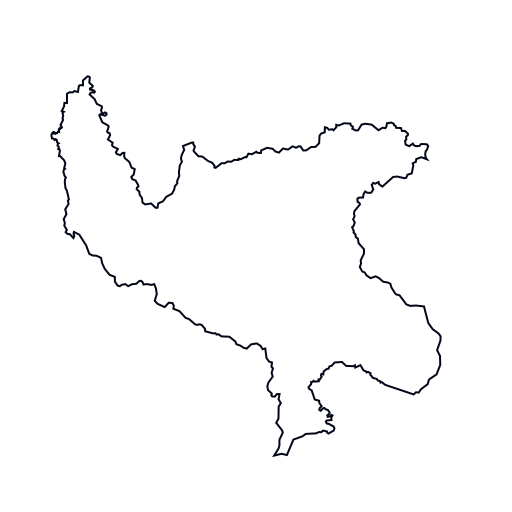 Tocache, San Martín, Peru (Mercator projection), rotated 172°
{"feature_id": "86281439B42687599219853", "entity_name": "Tocache", "entity_type": "district", "adm_level": 2, "iso_a3": "PER", "parent_name": "Peru", "parent_adm1": "San Martín", "projection": "mercator", "projection_center": [-76.612, -8.241], "detail": "fine", "context": "isolated", "style": "outline", "palette": "ink", "viewbox_px": 512, "rotation_deg": 172, "n_neighbors": 0, "source": "geoboundaries", "source_scale": "gbopen_adm2", "svg_char_len": 6074}
<svg xmlns="http://www.w3.org/2000/svg" viewBox="0 0 512 512"><g transform="rotate(172 256 256)"><path d="M265.8,55.8L258.2,56.6L253.1,54.6L244.5,69.0L235.0,71.0L231.5,72.9L221.2,72.0L218.1,72.9L215.9,72.4L213.9,73.8L210.1,72.3L209.9,70.8L208.8,70.1L203.3,72.4L202.3,74.4L202.8,76.3L207.3,79.7L209.2,80.2L209.9,82.2L208.9,83.3L204.1,83.0L203.9,85.8L202.5,87.5L203.3,88.1L205.1,86.9L207.4,86.8L207.6,88.2L205.1,89.7L204.9,90.9L206.3,93.6L208.4,94.5L209.4,96.0L211.1,95.7L213.4,93.7L214.7,94.7L214.2,96.4L211.9,98.1L213.8,101.9L213.6,103.9L217.8,105.7L219.6,115.2L221.8,117.0L222.3,118.7L219.4,121.3L218.9,123.5L218.0,123.2L216.4,124.4L215.6,123.5L211.3,123.2L211.2,125.0L210.1,124.7L207.8,127.4L208.3,128.7L207.6,130.1L205.8,129.4L205.1,132.2L201.6,134.3L199.8,134.3L198.7,136.4L196.1,136.9L193.0,139.6L185.6,139.1L182.0,134.6L174.8,133.3L173.3,134.0L173.2,131.7L167.8,133.4L165.4,127.7L163.0,126.4L162.7,125.3L161.2,125.6L158.9,124.0L159.3,122.6L157.1,118.9L153.7,117.6L152.7,115.8L150.8,115.0L150.3,113.3L149.0,113.7L146.1,110.5L119.2,97.0L116.5,98.8L113.9,98.1L111.2,101.1L103.8,105.2L101.9,109.6L93.7,113.6L88.7,122.5L87.7,131.5L89.8,137.5L85.1,146.6L84.4,150.8L86.1,154.0L91.2,158.9L94.7,165.6L96.7,182.7L104.5,184.7L110.1,185.1L113.8,187.1L119.4,197.2L122.3,198.3L123.6,199.9L126.3,206.1L126.8,209.7L129.3,211.5L133.5,212.7L137.4,217.2L140.4,219.2L145.7,218.1L149.3,221.5L150.5,224.4L153.0,226.0L154.7,230.6L153.0,234.0L152.9,237.2L148.8,243.3L148.1,247.6L152.6,254.4L152.7,259.1L154.5,260.7L154.5,263.6L156.1,265.6L155.7,267.0L156.8,271.2L155.3,272.1L153.5,275.4L154.7,278.8L152.8,281.8L153.1,284.3L152.3,286.7L145.8,292.7L146.3,294.3L147.9,295.5L147.6,298.7L145.9,299.5L141.9,299.0L140.8,302.4L138.9,304.7L137.1,303.2L133.6,302.5L132.7,303.1L130.6,305.6L131.5,310.3L129.7,312.1L127.9,311.0L124.3,312.2L124.1,309.9L121.2,307.1L109.2,315.2L105.0,315.0L97.9,312.3L96.3,312.6L94.7,315.4L90.3,316.1L87.7,323.4L87.9,326.0L84.6,327.0L83.8,329.7L78.4,330.8L73.3,328.0L74.3,329.8L74.3,333.2L73.4,336.1L71.8,337.5L70.2,341.0L71.1,342.7L73.2,343.3L77.0,343.9L78.9,342.2L82.3,342.5L84.3,343.7L85.0,345.5L89.0,343.4L92.3,345.5L92.4,349.2L90.9,350.5L90.8,353.2L88.8,354.5L88.5,356.0L91.1,359.1L94.1,359.5L94.6,362.5L99.5,363.5L99.6,365.3L101.1,366.3L101.2,367.8L103.5,369.3L107.9,369.2L108.8,366.0L110.1,364.6L112.9,365.4L117.2,363.5L123.2,370.0L129.5,371.8L133.2,371.4L137.4,366.3L139.7,366.4L142.9,368.6L142.0,370.4L144.0,372.4L144.1,374.0L150.4,375.2L155.9,373.7L158.3,374.7L158.6,372.3L161.8,369.7L162.8,370.9L166.3,370.9L167.7,373.0L169.9,373.9L170.7,368.9L174.4,368.2L176.3,366.4L177.8,358.9L181.8,355.8L186.4,356.2L191.6,353.6L194.5,353.9L196.7,358.4L198.6,358.7L201.2,357.6L204.5,359.5L209.5,356.9L214.3,358.7L218.9,355.2L222.1,356.7L224.7,359.9L230.0,361.6L236.2,359.8L236.8,357.4L240.2,357.9L241.1,359.2L245.9,357.4L249.3,358.4L251.7,355.1L252.9,355.5L257.6,354.0L259.6,354.7L260.0,353.5L264.1,354.2L267.5,352.8L270.8,353.5L274.0,352.2L277.1,352.7L283.7,348.9L284.9,349.5L284.5,351.1L286.5,354.5L290.2,356.7L295.4,362.0L299.0,362.7L302.7,367.8L303.2,369.0L301.2,373.0L302.5,375.2L302.4,377.1L303.5,377.3L313.0,375.1L312.4,371.0L315.6,366.2L316.8,362.7L316.2,359.8L318.9,356.2L320.8,349.1L320.8,346.0L323.7,341.2L323.8,338.9L326.7,336.3L327.7,333.2L330.5,329.4L336.6,327.1L340.5,323.1L345.4,321.7L346.9,317.5L348.7,317.7L352.5,322.6L358.5,322.5L360.9,324.6L360.9,329.5L362.7,332.9L362.6,336.0L364.9,338.8L364.3,340.3L362.7,341.2L362.8,342.5L364.7,347.5L367.8,349.3L368.5,351.6L365.7,353.8L364.0,358.9L366.9,360.8L368.4,366.8L372.3,371.1L372.7,373.4L372.0,376.5L373.8,376.6L376.5,374.8L379.7,376.5L380.3,378.2L377.9,381.2L382.5,384.4L383.2,385.8L382.2,388.1L386.4,392.0L383.6,396.1L383.9,398.0L385.8,399.0L386.1,400.0L383.9,404.6L384.3,405.8L389.6,409.8L391.6,417.3L390.5,418.0L385.9,415.9L384.3,416.9L384.2,418.1L385.5,419.2L387.8,418.3L388.8,418.8L389.1,422.0L387.8,424.5L388.0,425.8L392.5,428.8L394.0,433.8L398.3,439.1L397.3,440.4L395.5,441.0L393.6,440.3L392.7,441.1L393.6,442.6L397.2,443.9L397.1,445.0L394.8,445.7L393.9,447.1L397.0,450.9L395.7,455.7L396.1,456.7L397.7,457.4L403.0,453.9L403.6,449.1L406.4,449.7L407.7,449.1L409.5,443.2L412.9,444.6L415.0,443.5L417.9,444.1L420.6,442.9L421.9,433.8L424.4,434.3L425.3,430.8L428.2,426.6L426.2,425.5L427.7,424.6L427.4,421.5L428.5,419.2L428.1,417.6L431.3,413.0L430.3,410.3L432.9,408.7L432.9,409.6L433.6,409.0L433.7,406.2L435.0,406.6L435.9,405.3L437.1,405.7L437.5,405.1L438.9,407.0L439.8,406.7L439.7,405.4L441.1,405.7L441.8,404.1L441.7,400.8L440.2,400.4L439.3,398.9L438.2,399.6L437.2,398.8L437.2,396.5L435.8,395.0L436.6,394.8L437.2,393.0L436.1,391.5L436.9,389.4L435.8,389.2L435.6,387.4L437.2,382.3L435.9,382.0L432.7,377.5L431.9,374.2L433.6,370.1L433.0,369.0L433.9,368.9L435.0,366.3L434.4,361.9L433.3,360.1L434.4,358.7L435.1,355.7L435.2,349.7L434.2,347.0L433.4,338.1L434.5,337.1L434.4,333.6L438.4,328.8L437.9,323.8L441.3,319.3L440.7,315.3L441.6,312.7L439.7,308.1L441.2,306.1L439.6,304.1L437.3,303.5L434.3,299.2L433.1,301.1L433.6,303.6L432.9,305.2L428.0,301.7L422.7,290.1L420.8,281.3L417.6,279.2L414.0,278.5L409.7,275.7L409.4,270.4L407.6,264.4L403.6,257.7L398.7,255.0L399.3,250.2L397.2,246.0L395.0,245.0L392.9,246.2L389.2,246.3L386.8,243.9L382.7,245.3L378.5,245.1L375.3,247.3L373.5,247.5L372.1,246.3L371.3,243.4L368.2,243.4L363.3,241.9L360.7,242.3L359.6,237.8L359.6,232.0L362.5,225.7L360.1,222.3L353.5,218.1L348.9,221.9L345.2,221.0L344.3,218.1L345.2,215.3L339.4,212.0L334.4,204.6L331.0,202.8L325.8,196.8L323.9,196.0L321.2,196.2L319.2,195.1L316.7,191.0L316.7,188.5L309.2,185.3L306.9,185.2L306.0,183.7L304.2,183.8L301.3,181.2L293.7,179.8L288.4,174.3L287.7,171.4L283.9,169.4L281.0,166.8L278.1,165.6L273.1,169.2L267.4,169.3L263.9,166.3L262.4,162.8L259.7,163.1L259.8,153.5L257.8,149.7L255.0,148.3L256.1,144.2L254.8,142.4L256.8,138.1L256.2,134.3L261.3,129.0L262.9,125.4L262.8,121.6L259.5,117.6L260.2,115.9L259.6,114.7L257.0,114.1L254.5,116.4L251.9,116.0L253.6,111.0L251.9,106.8L254.5,103.8L256.4,91.8L259.2,88.0L254.4,79.7L254.0,77.5L258.4,70.7L259.1,65.4L260.4,62.3L265.8,55.8Z" fill="none" stroke="#020617" stroke-width="2"/></g></svg>